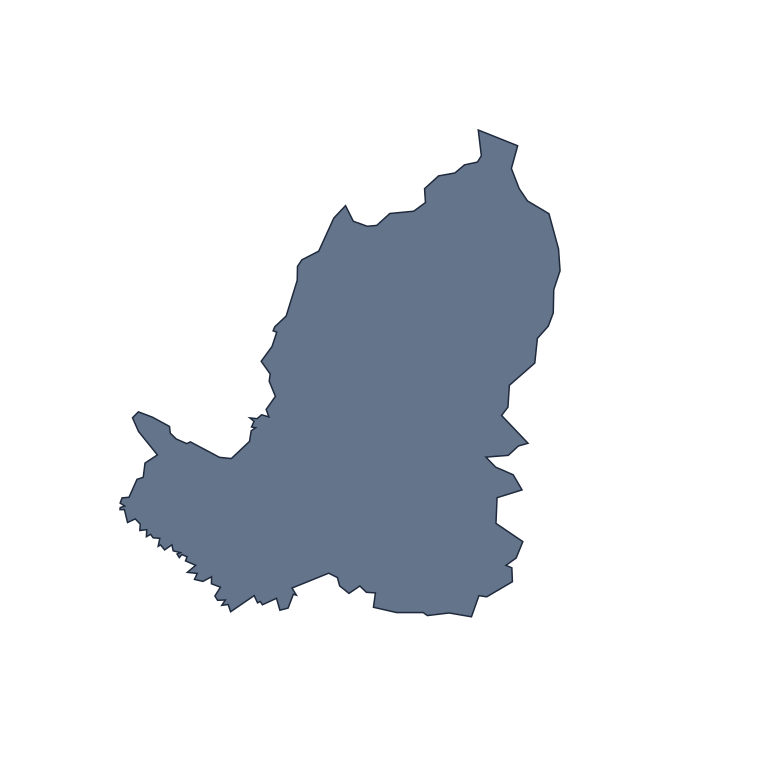 the district of Chiang Kham, Phayao, Thailand, rotated 298°
{"feature_id": "78962969B51854654401236", "entity_name": "Chiang Kham", "entity_type": "district", "adm_level": 2, "iso_a3": "THA", "parent_name": "Thailand", "parent_adm1": "Phayao", "projection": "robinson", "projection_center": [100.283, 19.484], "detail": "medium", "context": "isolated", "style": "filled", "palette": "slate", "viewbox_px": 768, "rotation_deg": 298, "n_neighbors": 0, "source": "geoboundaries", "source_scale": "gbopen_adm2", "svg_char_len": 1959}
<svg xmlns="http://www.w3.org/2000/svg" viewBox="0 0 768 768"><g transform="rotate(298 384 384)"><path d="M523.4,266.3L507.0,261.8L470.7,264.0L455.1,253.2L447.2,252.4L434.8,258.7L398.1,265.7L383.3,260.7L378.9,261.1L379.4,265.0L364.6,267.5L346.4,264.9L339.4,278.8L332.6,281.3L322.1,293.9L306.2,291.9L300.9,297.8L299.4,290.4L293.8,288.2L291.1,281.5L290.0,286.8L283.8,287.2L285.1,291.2L280.4,288.7L270.2,292.2L246.5,284.2L242.0,273.1L242.0,240.2L238.8,237.9L237.9,226.4L240.3,218.3L245.8,214.6L246.0,195.1L244.1,180.2L236.1,177.8L226.8,189.6L215.0,217.2L202.0,210.1L188.6,215.2L183.9,210.7L164.3,212.0L160.5,206.2L155.0,206.9L154.5,212.4L151.0,209.1L149.1,209.9L151.2,213.8L141.3,222.6L148.1,227.7L145.8,234.6L140.0,237.2L144.0,242.9L137.6,245.9L141.7,248.5L139.8,252.4L142.5,258.5L134.7,260.8L137.0,262.3L134.5,268.2L142.4,272.2L137.7,276.2L139.5,283.3L136.7,281.1L134.6,284.8L138.5,285.5L139.0,291.2L134.6,291.8L135.5,302.8L125.4,298.8L129.0,308.0L122.5,308.4L124.7,316.8L132.8,322.2L126.6,325.4L127.8,335.0L117.4,334.2L114.9,338.6L118.8,345.3L112.4,344.7L116.1,349.9L110.9,355.5L136.2,368.7L131.4,375.1L133.9,376.9L132.0,380.3L144.3,389.7L135.4,398.3L141.1,404.5L155.8,402.7L156.4,405.8L160.7,398.6L191.0,424.0L191.2,433.8L184.9,439.6L182.7,451.4L194.3,457.5L191.8,466.2L195.5,474.5L181.9,479.5L188.1,502.4L200.6,525.9L199.9,531.0L212.4,549.0L219.5,570.5L241.7,567.2L244.3,574.6L269.7,590.2L281.7,583.2L281.1,576.8L292.4,582.4L310.0,580.6L313.5,548.3L336.7,537.2L355.3,555.6L364.5,540.7L363.0,521.6L367.3,508.3L379.3,527.2L392.4,531.8L399.3,539.0L411.4,502.6L421.8,504.3L441.7,495.3L473.3,507.3L496.3,498.0L512.1,501.9L526.2,500.1L547.0,489.6L566.6,486.3L585.2,474.7L611.8,449.7L613.0,424.8L620.0,411.6L634.1,395.3L657.1,390.2L652.5,348.0L631.2,362.8L623.8,362.3L615.3,352.2L603.6,347.5L593.4,334.5L575.5,328.1L563.7,335.4L550.5,329.1L537.3,309.1L520.6,303.1L515.4,295.2L513.3,280.5L523.4,266.3Z" fill="#64748b" stroke="#1e293b" stroke-width="1.5"/></g></svg>